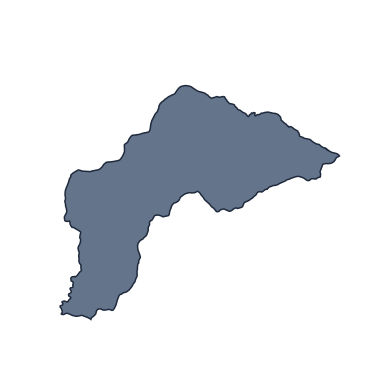 Charta, Santander, Colombia (Mercator projection), rotated 349°
{"feature_id": "7082276B80565100217249", "entity_name": "Charta", "entity_type": "district", "adm_level": 2, "iso_a3": "COL", "parent_name": "Colombia", "parent_adm1": "Santander", "projection": "mercator", "projection_center": [-72.993, 7.252], "detail": "fine", "context": "isolated", "style": "filled", "palette": "slate", "viewbox_px": 384, "rotation_deg": 349, "n_neighbors": 0, "source": "geoboundaries", "source_scale": "gbopen_adm2", "svg_char_len": 5972}
<svg xmlns="http://www.w3.org/2000/svg" viewBox="0 0 384 384"><g transform="rotate(349 192 192)"><path d="M281.4,128.0L278.6,127.8L276.5,128.1L275.7,127.9L274.8,127.9L273.3,128.8L272.6,128.8L271.0,128.5L269.6,129.0L269.4,129.2L268.7,129.3L268.3,129.0L268.4,128.2L268.9,126.3L268.7,126.2L267.8,126.1L267.6,125.8L267.4,125.8L266.6,126.2L265.5,125.8L264.7,126.7L264.1,126.8L262.8,127.5L262.6,128.4L261.8,128.6L260.9,128.1L260.2,126.2L258.9,124.7L257.3,123.7L254.8,120.9L253.3,120.2L252.3,118.9L252.0,118.0L250.5,115.9L250.3,114.9L249.9,114.2L248.2,113.3L245.7,112.3L245.2,111.7L244.9,110.9L243.9,109.8L243.6,108.3L242.7,106.9L242.2,105.0L241.9,104.7L240.7,104.2L236.7,104.2L236.3,104.1L235.8,103.6L234.8,103.1L229.1,103.7L227.4,102.2L226.3,100.6L226.1,100.0L224.9,99.1L223.9,97.8L222.5,96.9L219.6,95.4L218.2,94.8L216.6,93.9L211.3,88.6L209.5,87.5L206.4,86.4L205.4,86.2L202.4,86.2L200.5,86.6L198.6,87.7L198.0,88.3L197.0,89.1L193.9,92.2L193.3,92.5L191.1,92.9L188.9,93.5L188.4,93.8L187.7,93.8L185.9,94.6L184.9,95.2L183.3,95.8L181.0,97.3L179.9,97.6L177.5,99.3L176.0,101.3L175.4,103.1L173.7,105.9L172.6,107.1L171.7,107.6L170.2,109.1L166.1,114.4L164.8,117.0L164.8,116.8L162.7,122.8L162.0,123.9L161.5,124.4L160.6,124.8L159.9,124.9L155.0,124.9L151.5,125.4L146.6,125.2L144.5,124.9L143.0,125.5L140.7,127.6L138.4,130.7L137.0,131.5L135.8,131.9L134.7,132.7L134.4,133.4L134.3,134.8L133.4,139.7L131.8,142.1L129.8,144.5L128.7,145.6L127.1,146.8L124.5,147.1L122.2,147.1L117.4,146.9L115.1,146.5L113.5,146.5L110.7,148.0L108.8,150.0L107.7,150.8L105.6,152.0L104.1,152.3L97.5,152.3L96.8,152.6L96.2,152.6L88.4,150.6L85.8,149.1L84.6,148.7L84.2,148.7L81.0,149.9L79.6,150.3L76.6,152.0L76.3,152.4L76.0,153.7L74.1,155.9L72.4,159.3L68.3,165.7L67.5,167.7L66.8,170.6L66.7,173.7L66.2,175.4L65.6,176.3L65.4,177.2L65.5,180.2L65.2,181.5L65.5,183.8L65.4,187.0L65.2,187.7L64.3,189.1L62.2,191.7L61.8,192.6L61.7,195.3L62.1,196.4L63.9,197.1L66.3,197.2L66.3,200.9L67.3,203.6L67.6,203.9L69.0,204.2L70.8,206.0L71.6,206.5L74.5,209.2L75.0,209.9L74.9,211.0L74.3,212.0L73.2,215.0L73.2,216.1L73.6,217.0L73.4,218.3L72.2,221.3L70.1,223.9L69.5,225.1L69.4,225.7L69.4,228.1L69.8,229.4L69.8,229.9L68.6,232.9L68.3,236.6L68.0,237.7L67.8,238.0L67.8,239.2L68.1,240.8L68.9,242.0L68.9,243.1L68.4,245.9L68.4,246.9L68.7,247.6L68.3,248.1L66.3,249.3L64.8,250.8L63.1,252.2L61.9,252.7L61.7,253.0L61.0,253.1L60.4,252.5L58.0,252.4L56.7,253.3L56.5,254.0L56.4,256.2L56.5,256.4L57.5,256.9L57.9,257.5L58.0,259.2L57.2,260.5L57.1,262.4L56.4,262.9L54.3,263.0L53.9,263.4L53.9,264.6L54.5,265.8L54.5,266.9L54.2,267.4L53.4,268.1L51.7,268.5L51.1,269.3L51.3,270.7L52.8,272.1L52.9,272.7L52.7,273.1L50.8,274.3L48.9,276.1L48.4,276.2L46.5,274.9L45.4,274.6L43.6,274.9L43.4,275.3L43.4,275.9L43.9,276.6L43.9,277.3L43.2,278.3L41.3,278.5L40.7,278.9L40.6,279.8L41.2,280.5L41.6,282.0L41.9,284.7L41.6,285.7L41.2,286.1L40.7,286.1L40.5,286.4L40.4,286.8L40.9,287.3L42.0,287.7L42.8,287.8L44.4,287.2L45.8,287.2L46.9,287.5L48.3,288.3L49.4,289.2L51.3,290.5L54.3,291.8L55.6,292.1L59.9,292.0L61.0,292.3L61.9,293.0L65.5,295.2L67.8,297.0L68.4,297.8L68.9,296.8L69.7,296.1L72.1,294.9L74.0,293.5L74.7,292.5L75.2,291.1L75.6,290.6L76.1,289.9L77.2,289.1L78.9,289.1L79.5,289.2L80.6,289.7L81.5,290.5L83.0,291.2L84.1,291.3L86.9,291.3L88.4,291.5L89.5,292.0L90.7,292.9L91.6,293.0L92.1,292.8L93.6,291.4L95.9,288.3L98.2,283.6L100.8,279.5L101.7,279.0L103.4,278.8L105.2,277.9L108.6,277.6L111.4,276.3L114.9,273.4L116.4,271.5L117.6,270.3L118.5,269.7L120.2,266.7L121.8,264.4L122.2,263.6L122.9,259.3L123.9,256.9L124.1,255.1L124.7,253.7L125.0,252.5L126.2,251.4L126.5,249.5L128.9,246.2L128.8,244.1L127.9,238.6L128.2,234.4L128.7,233.7L128.9,232.7L130.5,230.9L131.6,230.0L132.5,229.5L134.9,228.7L135.7,227.9L138.3,226.4L139.6,225.1L141.7,221.4L142.3,218.4L143.9,216.3L144.3,215.4L144.4,213.7L144.7,213.2L145.6,212.5L147.1,212.2L147.8,211.3L149.0,210.3L150.0,208.8L150.5,208.3L151.8,207.9L154.6,208.2L157.1,209.5L158.7,210.8L159.0,210.8L164.2,210.7L165.2,210.0L166.4,206.8L168.8,202.9L169.2,202.0L169.7,201.4L171.5,199.8L172.2,199.5L174.9,199.1L176.7,198.3L177.6,197.7L179.1,195.6L180.0,194.7L184.4,192.6L187.1,192.2L189.7,192.2L191.0,192.6L191.5,192.9L194.7,193.2L197.3,192.4L197.8,192.5L199.2,194.0L199.8,195.1L200.5,196.9L201.8,199.0L202.9,201.9L207.2,207.7L207.8,209.2L209.0,211.0L209.9,211.7L211.0,213.4L211.9,215.4L212.3,215.9L212.9,216.2L214.7,216.2L216.2,215.1L216.9,214.9L218.6,214.7L220.2,214.8L224.8,218.0L226.1,218.1L227.8,217.6L229.8,216.4L231.7,216.0L232.7,216.2L233.3,216.8L236.4,216.7L238.4,216.3L239.1,215.6L241.2,212.4L246.5,211.1L248.7,210.0L250.0,209.6L252.7,207.7L253.4,207.6L254.0,207.3L255.8,205.2L257.0,204.6L258.8,204.6L259.8,205.0L260.1,205.3L260.6,205.3L261.6,205.0L264.4,203.5L266.3,203.7L266.8,203.2L268.7,201.9L269.1,201.8L271.5,201.5L272.1,201.2L273.9,201.2L274.6,201.4L277.3,201.2L279.7,200.3L285.6,199.0L287.2,198.2L287.9,198.1L290.6,197.9L291.4,197.5L296.6,196.8L297.9,196.8L299.3,196.9L301.7,197.9L301.4,197.9L303.0,198.7L304.5,199.8L306.6,202.1L307.8,202.9L308.5,203.0L309.7,203.0L311.3,201.9L313.1,201.9L314.5,202.6L315.8,202.6L316.0,202.8L316.7,202.8L317.8,202.0L320.6,201.8L320.9,201.6L321.2,200.2L321.7,199.1L321.5,196.6L325.1,190.8L325.4,190.1L325.8,189.7L328.1,189.6L329.8,189.7L330.5,190.1L333.0,190.3L334.7,190.2L337.0,189.3L338.6,187.9L339.9,186.2L340.5,185.8L343.6,184.8L343.2,183.8L341.5,182.0L336.5,179.6L333.4,177.1L332.4,176.0L332.8,176.1L332.4,175.7L332.3,175.1L331.2,174.2L329.7,173.8L329.1,173.4L328.9,173.0L328.1,172.3L327.6,172.0L326.1,169.8L325.1,169.2L324.2,169.1L321.6,167.2L319.3,164.9L319.2,164.5L317.9,163.0L317.3,162.8L315.8,162.0L313.3,161.1L311.7,160.1L311.6,159.8L311.0,159.4L308.5,158.0L308.2,157.5L308.4,156.5L308.1,154.5L307.6,153.2L307.3,152.1L306.0,151.2L304.2,149.5L303.0,148.0L302.4,147.6L302.1,147.1L301.0,146.5L299.2,146.6L299.1,145.9L298.0,144.9L297.6,143.7L295.9,142.0L293.3,138.5L293.2,135.4L292.3,133.8L291.0,132.1L289.1,130.9L286.0,129.9L282.6,128.3L281.4,128.0Z" fill="#64748b" stroke="#1e293b" stroke-width="1.5"/></g></svg>